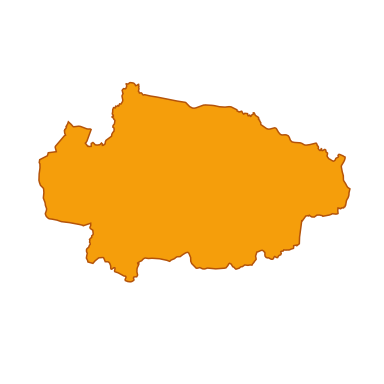 outline of Pho Prathap Chang, Phichit, Thailand, rotated 189°
{"feature_id": "78962969B76859973780400", "entity_name": "Pho Prathap Chang", "entity_type": "district", "adm_level": 2, "iso_a3": "THA", "parent_name": "Thailand", "parent_adm1": "Phichit", "projection": "natural_earth1", "projection_center": [100.175, 16.321], "detail": "fine", "context": "isolated", "style": "filled", "palette": "amber", "viewbox_px": 384, "rotation_deg": 189, "n_neighbors": 0, "source": "geoboundaries", "source_scale": "gbopen_adm2", "svg_char_len": 6023}
<svg xmlns="http://www.w3.org/2000/svg" viewBox="0 0 384 384"><g transform="rotate(189 192 192)"><path d="M275.8,283.4L276.7,282.0L276.9,281.3L276.3,280.2L276.0,279.2L275.5,278.6L276.2,275.9L274.8,272.1L274.7,271.1L274.9,270.1L276.0,267.7L277.3,267.7L277.9,265.4L278.8,265.8L279.8,264.6L280.8,264.8L281.1,263.0L282.4,263.2L282.7,263.0L283.2,261.0L282.8,257.8L283.1,257.4L282.8,256.4L282.4,255.9L281.8,255.7L281.5,254.6L281.6,254.4L282.5,254.2L282.7,253.9L282.7,253.5L280.9,252.5L280.7,251.8L279.3,250.6L279.3,247.1L280.2,245.6L280.4,244.8L280.3,243.7L279.1,243.0L278.6,241.4L278.7,241.1L278.6,239.8L279.5,238.5L280.2,236.6L280.2,234.5L284.9,229.7L285.4,228.4L285.4,226.0L285.6,225.6L286.1,225.3L286.7,224.3L287.8,224.0L288.0,225.4L289.1,226.2L290.0,224.8L290.7,224.2L293.1,223.5L295.1,223.5L296.0,224.4L297.6,225.4L299.1,224.2L298.7,221.3L300.9,220.8L301.3,221.1L302.0,220.8L305.0,223.6L304.2,224.7L303.7,226.0L301.4,237.9L301.9,238.2L302.6,238.3L304.0,238.0L305.6,237.9L312.3,239.3L314.1,239.3L319.1,237.9L319.8,238.1L321.8,239.8L325.1,242.0L325.5,239.8L326.6,237.0L326.2,236.8L326.6,234.8L327.4,233.9L327.4,232.6L327.6,232.5L326.9,230.1L325.8,228.4L326.9,227.5L334.1,215.7L334.1,214.7L332.3,210.6L340.1,208.3L340.5,205.2L347.5,200.1L347.5,197.2L346.6,195.9L345.9,192.0L345.8,186.1L345.0,179.6L344.1,177.4L342.7,174.9L339.7,172.7L339.1,172.0L338.2,168.2L337.9,162.8L335.4,158.4L334.7,155.9L333.1,153.0L332.9,152.0L333.0,150.2L333.3,149.0L333.5,147.8L333.2,146.9L332.0,145.0L329.6,143.4L328.2,143.2L326.1,143.3L320.9,143.1L316.4,142.3L308.2,142.6L297.8,142.3L294.1,142.0L294.0,141.7L287.2,145.3L287.0,144.5L286.8,142.9L287.3,141.2L287.1,140.6L286.7,140.0L284.0,138.7L283.0,135.1L283.1,134.4L284.2,133.0L284.0,131.3L285.0,130.5L285.8,129.0L285.4,128.5L285.3,126.3L284.6,125.6L284.3,124.4L285.0,123.3L285.4,121.3L286.9,119.5L287.2,118.4L286.8,116.5L285.8,115.1L286.0,112.5L286.0,110.2L284.5,108.2L283.8,106.6L278.7,106.0L276.9,108.9L273.8,112.4L270.1,113.3L269.2,113.3L268.6,112.6L266.8,109.6L264.0,109.9L263.0,109.5L262.2,108.8L260.9,106.6L260.6,105.4L260.4,104.1L259.8,103.2L259.2,103.2L257.4,104.9L256.9,105.1L256.4,105.1L256.2,104.8L256.0,104.1L256.2,101.9L255.7,101.2L252.2,100.6L246.1,98.4L244.4,98.4L243.9,97.7L243.9,96.9L244.4,95.2L244.0,94.1L241.4,93.5L238.9,93.6L237.5,94.1L235.7,95.6L235.7,96.6L236.4,97.8L236.2,98.8L235.1,99.3L233.4,99.6L232.8,101.1L232.8,101.7L233.9,104.4L234.3,107.5L234.1,109.0L233.2,112.2L233.3,112.9L234.3,112.6L234.6,113.4L232.6,115.2L231.0,116.2L229.9,117.9L228.8,119.0L227.8,119.5L224.6,119.5L221.2,120.3L213.6,121.0L206.1,120.6L203.3,120.0L203.0,120.2L202.0,121.5L198.9,123.4L197.7,124.8L196.9,125.5L196.2,125.8L193.6,126.3L191.2,128.8L188.6,131.0L187.0,131.7L186.5,131.7L185.5,131.0L183.1,127.1L182.4,123.4L181.1,121.3L175.9,117.4L174.7,117.6L172.4,118.6L169.7,117.8L168.7,117.8L167.4,118.0L164.8,119.3L156.6,119.8L148.1,121.8L146.6,122.4L145.1,124.9L144.4,126.9L143.7,127.5L142.0,126.9L140.1,124.6L138.7,124.2L137.5,123.2L136.7,122.7L136.2,122.8L133.4,124.2L132.2,125.7L130.5,126.2L128.5,128.2L125.3,128.3L123.3,129.0L121.3,129.2L120.9,130.5L119.8,132.2L119.5,133.2L118.8,134.2L118.1,135.6L118.8,137.7L119.2,138.6L118.5,142.9L117.6,143.2L114.8,145.0L113.7,145.4L113.2,145.4L111.6,144.6L111.2,144.0L110.7,143.8L110.4,143.0L110.2,141.4L109.8,140.1L108.6,139.0L107.3,138.7L106.2,139.0L103.3,138.0L102.2,138.1L101.2,138.8L100.9,140.2L100.5,140.9L100.1,141.3L98.4,140.5L97.2,140.6L96.5,142.4L95.9,143.1L94.6,143.8L94.2,145.1L95.0,146.9L94.5,147.4L92.7,148.0L92.3,149.2L91.0,149.2L86.8,150.0L85.0,151.2L83.1,152.1L82.9,152.4L83.2,154.9L80.1,156.0L79.9,155.5L77.9,157.7L78.7,164.3L79.1,180.7L78.6,180.6L75.9,186.0L74.2,186.7L73.1,186.6L72.6,187.4L71.3,186.7L69.7,186.1L67.3,186.4L65.0,188.7L62.4,189.2L59.5,189.0L59.0,188.5L52.6,190.8L50.7,191.9L50.1,192.5L46.3,192.7L45.0,193.2L44.5,193.5L44.4,193.7L45.2,196.9L45.4,199.0L44.5,199.1L44.1,198.7L43.5,199.0L42.5,198.7L42.0,199.6L41.6,199.5L40.5,200.1L40.0,200.0L39.9,200.3L39.5,200.4L39.4,201.0L38.7,201.3L38.6,201.6L38.4,203.2L38.2,203.2L38.1,207.6L37.7,209.0L37.0,210.6L36.6,212.7L36.6,214.3L36.8,215.7L36.5,219.8L38.7,220.8L39.7,221.7L41.7,224.4L43.8,226.7L44.3,227.6L45.1,231.8L46.8,235.5L48.5,240.3L48.5,241.5L46.9,245.4L46.3,247.4L46.1,249.4L46.3,250.5L47.5,250.8L48.4,251.3L52.0,252.2L52.9,252.1L53.5,251.1L52.8,250.0L52.9,249.5L55.2,247.7L55.7,245.7L56.8,244.7L57.2,244.5L59.1,245.1L60.5,245.8L61.6,246.0L63.4,247.5L64.3,248.8L64.1,250.8L64.3,251.7L65.9,252.6L66.4,254.3L67.3,254.8L67.7,254.8L69.2,253.5L69.9,253.2L70.4,253.5L70.8,254.9L71.1,255.0L71.7,253.2L72.0,253.0L72.5,253.1L74.2,254.7L74.1,256.1L74.4,256.6L74.7,257.0L75.5,257.4L76.0,258.6L76.8,259.6L77.4,259.6L83.1,257.2L86.7,256.1L88.3,256.1L91.1,257.2L92.9,257.5L98.4,257.0L100.7,257.1L101.4,257.3L103.0,258.6L104.4,261.1L105.6,262.5L107.5,263.1L108.8,263.1L112.1,262.4L113.7,262.7L115.9,264.5L118.5,267.7L119.3,268.2L120.5,268.3L124.8,266.4L126.6,266.0L128.3,266.3L134.4,269.3L134.7,269.7L134.9,271.2L136.2,272.6L136.5,273.5L137.1,273.7L137.4,274.3L137.8,274.5L137.6,275.4L138.3,276.2L141.4,277.6L142.9,279.8L143.3,279.9L143.8,279.8L143.7,278.5L145.4,277.1L145.6,276.0L146.1,275.8L147.1,276.9L148.1,276.1L148.6,276.1L149.4,278.1L152.2,278.0L152.8,277.2L153.2,277.0L154.1,277.7L155.5,279.5L156.1,279.5L156.4,279.0L157.9,278.4L158.0,278.7L160.0,279.0L160.2,279.3L160.3,280.0L160.7,280.3L166.7,282.2L168.7,282.1L172.7,281.0L178.1,280.5L183.6,280.8L186.0,280.7L192.2,280.1L194.3,279.6L201.3,275.7L203.0,275.1L204.7,275.0L207.7,276.0L212.2,279.4L213.1,279.5L220.8,279.5L241.3,280.3L248.0,280.3L254.1,280.7L254.9,280.3L255.5,280.2L256.9,281.5L257.4,281.9L258.1,281.9L259.4,281.5L260.0,282.6L260.7,283.1L260.5,285.7L261.0,286.7L260.9,287.9L261.2,288.4L261.4,289.6L261.6,290.0L261.9,289.9L263.0,288.8L264.3,288.2L265.0,289.2L266.1,290.1L266.7,290.4L268.3,290.5L270.2,290.4L271.0,289.9L271.4,289.1L272.4,288.6L273.9,288.6L273.9,288.2L273.3,287.4L273.2,286.3L273.0,285.9L273.4,284.9L273.4,284.1L273.9,283.5L275.8,283.4Z" fill="#f59e0b" stroke="#b45309" stroke-width="1.5"/></g></svg>